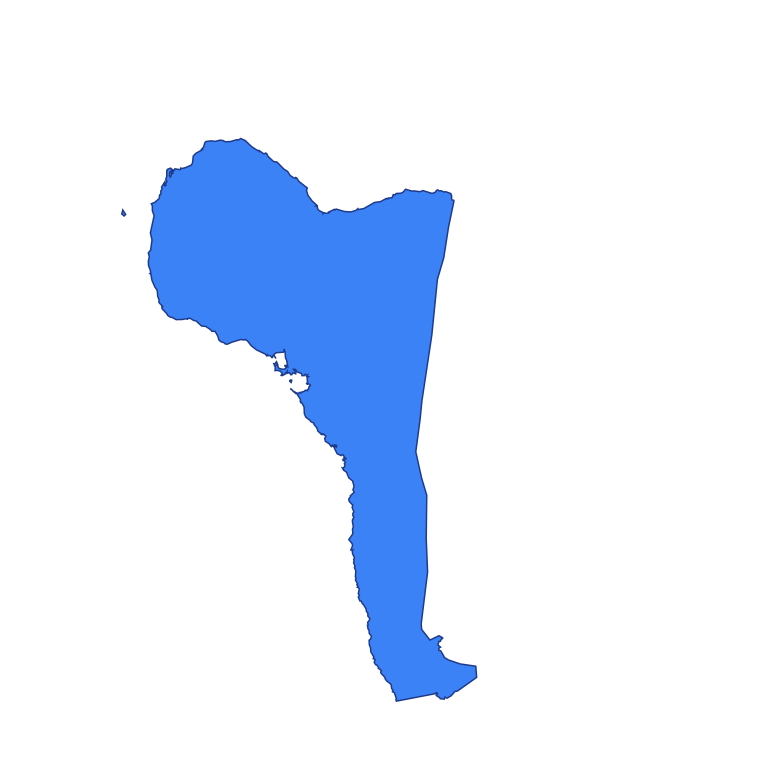 outline of Negros Oriental, Negros Oriental, Philippines, rotated 148°
{"feature_id": "2640588B56610026740587", "entity_name": "Negros Oriental", "entity_type": "district", "adm_level": 2, "iso_a3": "PHL", "parent_name": "Philippines", "parent_adm1": "Negros Oriental", "projection": "albers", "projection_center": [123.112, 9.739], "detail": "fine", "context": "isolated", "style": "filled", "palette": "blue", "viewbox_px": 768, "rotation_deg": 148, "n_neighbors": 0, "source": "geoboundaries", "source_scale": "gbopen_adm2", "svg_char_len": 6157}
<svg xmlns="http://www.w3.org/2000/svg" viewBox="0 0 768 768"><g transform="rotate(148 384 384)"><path d="M226.4,510.1L229.6,514.2L231.4,515.1L233.3,517.8L234.9,518.5L235.5,520.1L236.6,520.4L239.4,519.4L242.3,520.2L248.5,527.4L251.6,528.0L256.4,532.0L257.7,532.4L262.5,537.7L266.0,536.6L268.6,536.8L272.7,539.1L274.5,538.6L275.8,539.7L278.1,537.8L280.8,538.7L282.2,539.9L281.9,539.3L282.7,538.9L283.7,540.1L290.2,540.5L295.9,543.0L308.3,543.5L313.6,545.7L313.3,546.5L316.2,546.1L321.1,547.6L326.2,551.3L331.9,557.7L333.3,557.5L333.5,558.4L339.6,559.1L339.4,558.5L340.0,558.3L342.8,559.5L344.3,561.3L345.2,561.0L344.8,561.5L347.3,565.9L347.4,567.8L346.4,570.2L347.4,571.0L346.2,571.0L348.0,577.4L348.5,584.3L347.2,589.1L345.2,590.9L348.8,600.9L348.9,605.1L349.5,605.9L350.1,605.4L350.7,605.3L350.2,605.6L351.3,606.7L353.1,610.7L353.1,615.4L355.0,619.2L357.1,628.9L359.7,631.1L360.8,634.9L361.7,638.6L361.4,641.6L362.0,642.6L363.9,642.7L365.6,646.8L366.6,647.2L366.1,648.1L367.5,649.1L370.5,655.4L372.6,663.9L375.4,668.1L378.3,668.1L379.4,669.2L385.8,671.0L390.0,673.4L391.9,676.2L393.9,677.7L398.4,679.1L401.9,681.9L406.5,684.0L408.3,683.4L411.5,680.5L414.1,679.7L414.9,680.2L414.0,679.0L421.4,679.3L425.0,678.4L429.1,673.1L431.2,671.8L437.7,672.7L440.6,673.6L442.0,674.8L442.5,674.0L443.7,674.1L447.3,677.3L449.8,676.0L451.8,676.4L452.5,675.9L451.4,675.2L451.4,674.5L452.8,674.9L454.5,673.2L455.1,673.8L455.5,673.3L455.5,674.4L453.5,676.9L451.8,677.5L449.6,677.4L450.7,680.2L453.8,680.8L455.1,680.1L458.4,675.0L460.4,673.4L460.8,670.8L463.4,669.5L463.5,668.1L464.8,668.1L465.0,669.1L464.4,670.4L464.0,670.7L463.8,670.4L463.5,670.6L462.9,671.5L468.3,668.9L469.0,666.8L471.0,666.0L472.5,663.3L474.2,663.2L476.2,660.5L482.0,659.5L485.8,660.2L486.1,657.8L488.6,653.7L489.8,648.5L502.0,636.0L504.4,629.1L511.0,621.2L514.4,620.1L515.6,616.3L518.8,613.0L520.9,609.3L522.0,604.0L523.0,601.8L524.0,601.7L523.4,601.0L525.8,595.0L526.9,587.7L526.7,583.7L529.5,578.1L530.0,575.0L531.7,572.2L530.6,567.1L531.1,566.6L531.6,567.0L532.3,565.4L530.8,558.0L531.2,557.2L530.0,554.2L528.5,552.9L526.1,548.7L520.7,545.5L517.8,544.5L516.3,543.1L515.5,543.5L513.4,542.2L511.8,538.8L510.0,537.2L508.0,529.9L504.7,527.3L502.2,521.8L502.1,519.9L499.3,518.1L499.6,512.4L500.7,509.0L500.0,506.4L497.9,503.9L497.3,501.9L495.8,500.8L490.6,500.0L481.9,497.6L478.9,495.2L477.9,495.2L476.9,492.6L476.3,486.7L474.0,480.4L468.8,472.3L468.5,470.0L467.4,470.6L467.5,469.7L465.3,468.1L465.1,465.8L464.3,465.6L463.0,467.0L462.1,467.1L462.1,462.8L462.0,466.9L461.4,467.4L458.8,467.6L452.4,464.3L451.6,464.5L450.7,466.1L449.7,466.3L451.0,465.5L450.7,464.1L453.7,458.3L454.0,455.8L456.3,450.0L456.8,451.5L457.9,452.0L457.9,451.3L458.4,451.7L458.5,451.4L457.8,449.6L460.4,449.3L462.3,450.3L464.8,452.9L464.7,455.2L463.9,456.7L465.3,456.9L463.5,458.3L463.4,459.9L465.2,459.0L466.7,459.7L467.3,455.9L469.3,453.1L467.5,452.3L465.1,449.7L464.7,446.5L466.6,446.0L466.2,445.2L462.7,444.7L461.5,445.7L460.5,445.4L461.0,443.7L460.3,445.5L459.2,446.1L459.7,445.0L459.2,444.0L458.2,443.9L458.2,441.3L457.3,440.8L455.4,441.8L453.5,439.4L452.6,440.8L453.1,444.5L451.9,443.9L451.3,443.0L451.6,440.7L451.0,440.6L451.4,440.5L448.4,436.5L449.1,434.5L447.0,433.3L445.8,434.0L445.2,433.7L445.3,432.0L444.6,432.0L445.5,431.5L444.2,430.2L445.9,430.1L447.9,426.1L449.5,425.3L449.0,424.3L447.9,424.3L447.1,421.8L449.4,421.2L450.5,419.8L452.0,419.7L452.4,419.0L454.1,420.4L455.6,420.0L458.5,420.9L459.0,420.4L460.3,421.7L461.2,421.1L463.1,423.0L464.9,426.5L465.3,428.9L466.3,429.6L465.5,428.9L464.4,424.1L463.7,423.6L463.9,422.7L463.1,422.3L463.0,415.3L464.3,413.5L464.2,413.3L463.7,413.4L463.3,413.1L463.9,413.2L464.5,412.4L463.6,411.1L464.0,406.8L467.3,401.0L467.9,397.3L465.9,392.1L466.1,391.1L464.2,387.8L464.8,386.8L464.2,382.8L465.0,378.8L463.8,375.0L462.7,374.4L463.5,374.2L461.4,372.5L460.9,370.6L463.2,369.2L464.1,366.3L462.2,362.6L461.9,359.1L461.4,359.5L460.5,358.5L460.4,359.4L459.7,359.5L459.6,357.9L457.9,358.4L456.7,356.9L457.9,355.7L458.6,357.2L460.0,356.7L460.7,349.7L458.3,346.0L457.3,346.2L456.2,345.5L456.2,343.4L457.1,342.8L455.6,341.4L456.2,340.5L458.9,341.8L459.2,340.6L458.3,339.9L458.3,337.9L459.7,337.6L460.3,335.7L461.6,334.6L463.3,334.6L463.4,334.0L463.8,334.6L463.9,332.2L462.5,329.1L463.6,323.0L462.0,318.5L463.6,313.2L466.5,310.6L466.5,308.0L471.7,307.1L472.0,306.3L475.0,305.0L475.7,302.7L474.7,297.8L476.4,296.3L477.3,291.5L478.8,290.9L480.1,289.1L480.2,286.9L482.6,285.6L483.7,284.1L485.7,279.1L487.7,277.5L489.8,273.5L496.3,270.7L495.6,265.2L496.6,263.3L500.1,260.8L498.5,259.8L499.2,259.7L500.6,256.7L501.1,252.2L502.7,251.3L503.0,250.0L504.5,248.6L505.2,244.6L506.5,243.9L506.8,240.6L510.5,235.6L510.6,233.9L512.1,232.9L512.4,228.3L513.4,228.1L513.2,226.3L514.4,225.8L513.7,225.1L513.6,223.3L517.0,219.7L516.9,217.7L518.7,217.0L519.4,212.8L518.3,211.8L518.8,209.2L518.3,208.2L518.4,202.6L519.4,200.5L519.2,198.1L520.7,195.7L520.3,192.8L521.4,191.5L524.2,190.5L525.1,188.1L525.9,188.2L527.3,184.8L527.3,182.7L528.7,180.4L528.5,178.0L529.0,177.9L528.4,178.0L528.3,176.9L530.4,174.8L532.4,174.6L534.7,170.5L535.2,167.5L537.1,163.9L537.3,157.8L538.7,156.8L537.5,154.9L539.8,153.2L539.9,150.5L539.1,149.8L538.8,146.5L539.5,145.9L538.0,142.5L539.4,141.5L539.8,140.4L538.7,134.7L539.3,133.3L539.1,130.8L537.2,125.5L538.9,121.5L538.8,119.3L539.9,118.6L538.8,116.7L540.3,110.4L541.2,110.0L541.6,108.5L505.6,94.6L503.5,94.6L502.6,93.7L502.8,92.9L503.6,93.8L504.8,92.2L502.9,88.2L503.1,87.3L499.8,84.8L498.2,86.2L497.1,84.2L492.2,84.0L486.6,85.7L484.5,84.7L460.9,86.1L455.7,96.0L467.7,106.2L475.6,115.8L477.6,119.9L477.3,126.7L477.5,127.9L478.7,129.1L477.2,131.0L475.5,130.9L476.6,134.0L473.9,136.6L472.8,135.9L470.5,137.2L469.0,137.2L468.8,137.8L470.8,141.4L480.7,142.5L482.1,155.9L479.7,160.7L446.7,201.4L430.2,230.4L406.7,267.0L401.9,284.5L393.0,309.6L371.8,335.3L360.7,349.7L317.4,400.3L283.2,444.5L266.5,459.3L246.1,482.9L227.9,501.9L227.5,502.8L228.8,504.0L228.7,505.0L227.0,507.6L226.4,510.1ZM515.4,664.2L513.2,664.7L513.3,670.0L516.3,667.2L515.4,664.2ZM461.9,434.5L460.2,436.1L461.0,436.9L462.1,436.9L462.5,436.1L461.9,434.5Z" fill="#3b82f6" stroke="#1e3a8a" stroke-width="1.5"/></g></svg>